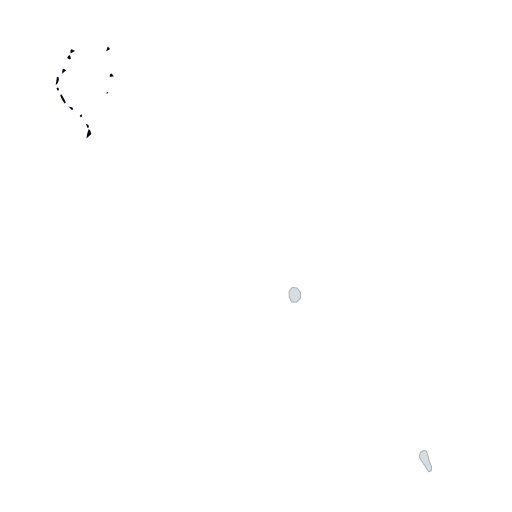 Maldives, with Laamu highlighted, rotated 136°
{"feature_id": "MDV-5239", "entity_name": "Laamu", "entity_type": "Atoll", "adm_level": 1, "iso_a3": "MDV", "parent_name": "Maldives", "parent_adm1": "", "projection": "mercator", "projection_center": [73.461, 1.946], "detail": "fine", "context": "in_parent", "style": "filled", "palette": "ink", "viewbox_px": 512, "rotation_deg": 136, "n_neighbors": 0, "source": "natural_earth", "source_scale": "10m", "svg_char_len": 1618}
<svg xmlns="http://www.w3.org/2000/svg" viewBox="0 0 512 512"><g transform="rotate(136 256 256)"><path d="M277.9,-1.6L274.0,0.5L270.3,-0.3L269.1,-3.0L270.9,-6.9L273.9,-11.9L276.0,-17.3L279.1,-20.2L281.5,-19.3L281.2,-16.2L280.1,-12.0L279.4,-6.6L277.9,-1.6ZM256.5,207.7L251.7,208.1L248.7,204.3L249.4,198.7L253.1,194.8L258.9,194.6L262.3,198.1L260.6,203.5L256.5,207.7Z" fill="#d9dde1" stroke="#a8b0b8" stroke-width="1"/><path d="M290.3,458.9L294.2,459.0L293.8,459.3L293.1,459.9L290.3,461.6L288.9,462.3L288.9,461.4L289.2,460.6L290.3,458.9ZM287.0,498.7L286.1,503.4L285.3,505.6L284.3,507.5L286.3,500.3L287.0,498.7ZM279.2,518.8L277.5,520.1L274.9,522.1L274.7,521.9L275.1,521.2L275.6,520.5L276.8,519.7L279.1,518.8L279.2,518.8ZM252.8,526.9L252.8,527.0L253.0,528.0L253.4,528.8L253.2,529.3L252.9,529.4L251.5,529.5L251.6,528.6L252.0,528.0L252.5,527.5L252.8,526.9ZM244.9,530.3L247.3,530.9L246.1,532.2L245.6,532.2L245.3,531.3L244.9,530.3ZM264.5,522.3L267.0,522.4L265.4,523.8L264.9,523.7L264.7,523.0L264.5,522.3ZM234.2,485.5L234.8,486.0L235.4,486.2L235.6,486.6L234.5,487.3L233.8,486.9L233.9,486.5L234.2,486.0L234.2,485.5ZM219.6,507.6L217.8,508.5L217.8,507.3L218.2,507.1L218.6,507.3L218.8,507.4L219.6,507.6ZM287.6,465.1L286.6,467.3L286.4,466.6L286.6,466.1L287.0,465.7L287.6,465.1ZM286.3,488.8L286.3,491.2L286.3,491.3L285.8,490.6L285.8,490.1L286.3,488.8ZM283.3,512.6L283.2,512.7L282.5,514.5L282.4,514.9L282.2,514.1L282.4,513.6L282.5,513.5L282.8,513.2L283.3,512.6ZM285.0,477.6L284.7,478.6L284.2,478.5L284.6,478.0L285.0,477.6ZM249.8,476.2L249.8,477.1L249.7,476.8L249.8,476.2Z" fill="#0f172a" stroke="#020617" stroke-width="1.5"/></g></svg>